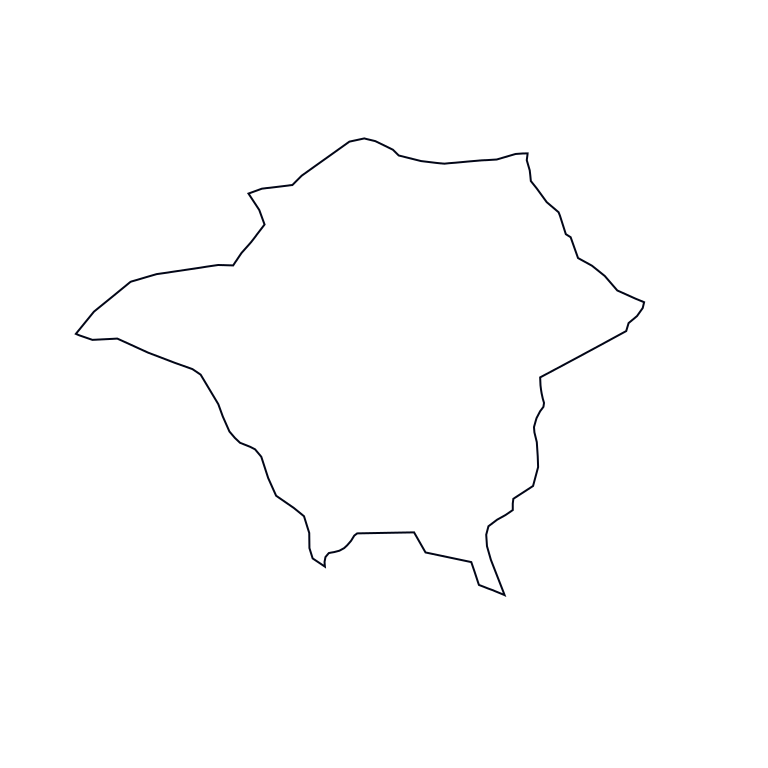 outline of Jebel Moon, Western Darfur, Sudan, rotated 250°
{"feature_id": "16777658B1532389349494", "entity_name": "Jebel Moon", "entity_type": "district", "adm_level": 2, "iso_a3": "SDN", "parent_name": "Sudan", "parent_adm1": "Western Darfur", "projection": "equal_earth", "projection_center": [22.923, 14.08], "detail": "fine", "context": "isolated", "style": "outline", "palette": "ink", "viewbox_px": 768, "rotation_deg": 250, "n_neighbors": 0, "source": "geoboundaries", "source_scale": "gbopen_adm2", "svg_char_len": 2710}
<svg xmlns="http://www.w3.org/2000/svg" viewBox="0 0 768 768"><g transform="rotate(250 384 384)"><path d="M566.7,181.1L566.6,180.5L566.2,179.3L558.8,158.2L551.2,136.2L536.5,111.6L536.4,111.7L534.8,113.4L533.8,114.5L525.2,125.1L519.1,144.9L517.9,148.9L494.1,173.1L475.5,194.6L463.5,209.1L455.5,214.9L421.7,221.4L408.6,221.4L392.2,222.5L384.4,225.4L378.0,228.6L370.7,236.8L366.7,240.5L357.6,243.8L335.3,243.0L315.9,244.4L298.3,256.9L287.1,263.6L274.5,263.0L269.6,262.8L255.3,257.8L244.5,257.3L234.4,264.7L232.6,266.0L234.5,266.5L237.2,267.3L241.4,269.8L244.0,274.3L243.7,276.4L243.1,279.7L242.6,285.1L243.4,290.4L245.0,294.2L247.9,299.4L251.7,304.2L252.8,307.7L240.2,344.4L234.3,361.5L211.5,365.4L186.8,405.1L176.7,404.9L170.3,404.7L164.3,404.5L162.7,404.5L159.4,408.3L156.2,411.9L152.7,416.1L152.3,416.5L151.8,417.0L144.6,424.9L144.4,425.1L146.5,425.1L168.8,424.6L182.3,424.3L196.4,425.3L207.4,428.5L214.6,433.5L217.8,443.9L219.3,453.3L221.5,461.9L227.6,464.1L231.9,466.3L237.2,489.2L253.2,500.4L263.4,503.7L277.1,507.7L287.1,508.8L292.2,510.2L298.2,514.5L299.8,515.7L305.0,521.4L308.0,526.0L311.5,527.9L316.0,528.2L321.2,528.9L324.9,529.6L329.2,530.6L336.8,533.0L341.0,562.6L345.5,593.6L350.9,629.7L357.6,634.7L361.3,645.0L366.9,653.1L371.9,656.4L378.1,649.6L392.1,635.2L410.0,628.4L424.0,619.9L436.0,609.4L458.1,609.6L462.6,606.1L482.0,606.9L485.7,606.8L499.2,599.1L515.6,594.4L524.5,591.4L529.9,592.8L534.9,594.0L544.0,594.6L545.5,594.7L550.7,597.4L551.4,597.7L551.6,597.8L553.2,593.1L555.1,586.5L555.2,585.5L556.4,566.7L557.5,563.0L559.2,557.2L560.1,554.4L560.8,552.1L561.1,550.9L561.2,550.7L561.9,548.0L562.5,545.8L562.8,544.7L564.6,538.0L565.0,536.4L565.4,534.9L566.0,532.6L567.6,526.5L569.2,520.8L570.4,516.0L570.6,515.7L571.2,514.3L571.4,513.9L571.6,513.5L571.9,513.0L571.9,512.8L574.0,508.5L580.8,495.1L593.7,476.0L601.1,472.5L615.2,458.9L620.5,450.9L621.5,449.5L623.5,435.0L623.6,434.4L617.6,412.9L612.0,392.6L607.9,377.9L604.4,370.4L602.5,366.4L602.3,365.9L602.6,364.9L602.9,363.5L603.0,363.1L603.1,362.8L603.1,362.5L607.5,343.6L608.4,340.1L608.5,339.5L609.3,336.1L609.3,331.7L609.3,326.8L609.3,321.8L590.2,326.3L583.0,326.3L575.4,326.3L574.7,326.3L567.5,315.0L567.1,314.5L566.4,313.4L564.8,310.9L563.0,308.0L562.8,307.8L562.5,307.1L562.1,306.5L561.8,305.9L561.6,305.6L561.5,305.3L561.2,304.8L560.9,304.3L560.6,303.7L558.4,299.6L555.8,294.8L551.7,289.2L550.2,287.2L550.0,286.8L547.0,282.8L547.6,281.3L547.9,280.7L548.4,279.3L550.2,274.8L550.5,274.2L550.7,273.6L551.0,272.8L551.9,270.4L552.1,270.0L552.4,269.2L552.6,268.6L554.9,257.6L556.0,251.8L561.2,226.4L562.1,222.0L562.6,219.3L565.0,208.0L565.7,197.5L566.3,187.5L566.7,181.9L566.7,181.1Z" fill="none" stroke="#020617" stroke-width="2"/></g></svg>